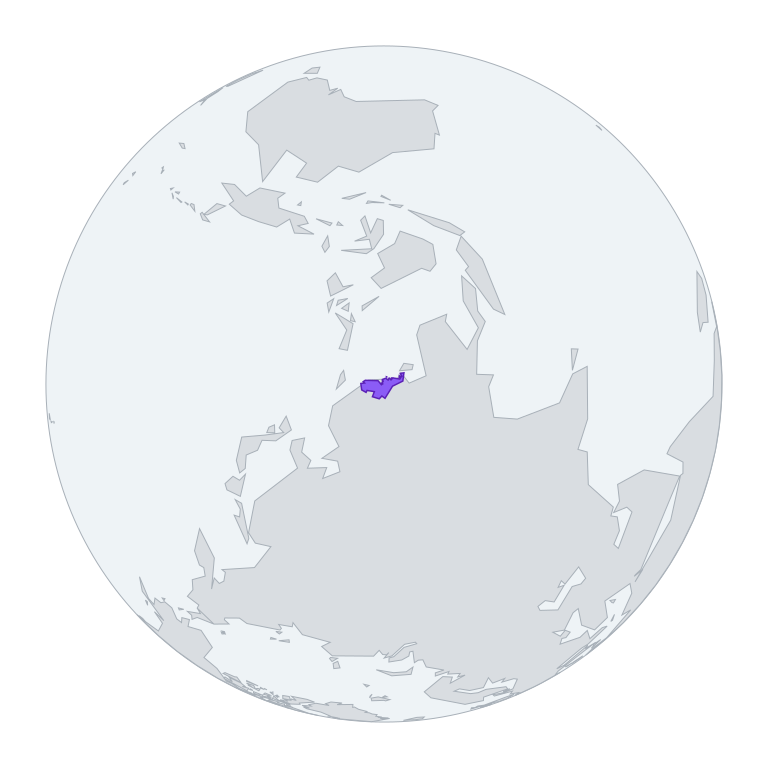 Guangdong on an orthographic globe, rotated 193°
{"feature_id": "CHN-1180", "entity_name": "Guangdong", "entity_type": "Province", "adm_level": 1, "iso_a3": "CHN", "parent_name": "China", "parent_adm1": "", "projection": "orthographic", "projection_center": [112.97, 22.878], "detail": "coarse", "context": "on_globe", "style": "filled", "palette": "violet", "viewbox_px": 768, "rotation_deg": 193, "n_neighbors": 0, "source": "natural_earth", "source_scale": "10m", "svg_char_len": 11732}
<svg xmlns="http://www.w3.org/2000/svg" viewBox="0 0 768 768"><g transform="rotate(193 384 384)"><circle cx="384" cy="384" r="338" fill="#eef3f6" stroke="#a8b0b8"/><path d="M683.0,519.4L682.5,521.4L682.2,521.9L683.0,519.4ZM568.3,100.8L569.6,101.6L548.3,92.6L546.0,101.0L556.5,110.5L545.3,103.9L572.9,127.7L578.9,141.2L565.2,122.1L558.5,117.4L559.0,123.9L552.2,120.7L548.6,122.4L540.4,118.2L533.1,108.5L527.6,106.0L528.4,110.9L520.6,110.7L520.4,103.6L506.8,102.8L492.0,88.7L497.9,77.0L482.8,69.3L470.7,59.0L464.9,58.0L456.7,54.8L446.9,52.9L447.4,52.5L439.2,51.5L440.6,52.3L437.4,52.4L431.8,51.6L431.5,50.6L434.2,50.8L431.2,50.2L433.5,50.2L429.2,49.8L429.5,49.2L420.9,48.8L414.1,47.7L416.6,47.7L427.2,48.9L431.7,49.5L455.8,53.8L479.6,59.9L502.8,67.7L525.5,77.1L547.3,88.2L568.3,100.8ZM703.6,280.2L700.9,273.6L702.3,275.2L703.6,280.2ZM699.4,271.5L700.4,273.3L699.6,272.1L699.4,271.5ZM699.0,271.8L699.3,271.6L699.3,272.6L699.0,271.8ZM698.8,273.2L698.8,272.1L698.9,272.5L698.8,273.2ZM697.3,273.1L696.8,272.9L696.6,271.2L697.3,273.1ZM572.7,103.7L571.5,103.0L569.2,101.4L572.7,103.7ZM566.4,101.3L563.1,98.9L570.5,102.9L570.1,103.0L566.4,101.3ZM565.6,118.6L564.5,115.2L567.9,119.8L565.6,118.6ZM549.6,123.4L552.0,125.6L549.1,125.6L549.6,123.4ZM533.9,119.6L528.4,119.4L532.7,117.8L533.9,119.6ZM524.4,118.2L511.2,119.0L515.6,123.6L495.7,111.8L513.5,114.5L518.1,111.5L519.4,115.4L524.4,118.2ZM443.4,53.0L441.7,52.0L448.3,53.7L443.4,53.0ZM448.5,54.2L473.4,61.0L473.1,62.8L464.8,59.8L468.7,63.3L456.3,60.6L451.4,58.1L454.0,57.4L447.3,57.1L448.5,54.2ZM486.8,105.7L482.5,104.8L485.6,104.0L486.8,105.7ZM436.7,52.6L441.7,53.5L441.9,54.9L431.8,53.4L434.9,53.3L436.7,52.6ZM475.7,65.8L474.0,67.0L463.6,65.1L461.5,65.4L456.0,60.8L475.7,65.8ZM432.1,52.7L426.6,52.7L421.4,51.4L431.7,51.8L432.1,52.7ZM446.1,56.1L445.7,56.9L442.7,55.9L446.1,56.1ZM400.0,48.3L406.0,48.7L406.6,49.4L400.0,48.3ZM424.9,52.8L426.7,53.2L427.7,53.7L423.1,53.6L424.9,52.8ZM449.0,60.0L444.9,59.2L450.7,61.7L443.1,60.9L440.8,58.1L438.5,59.0L436.2,58.8L436.9,56.9L449.0,60.0ZM421.2,55.1L415.7,52.2L404.3,50.8L403.5,50.1L421.9,52.5L421.2,55.1ZM430.4,56.2L424.5,55.2L426.5,54.4L431.7,54.6L430.4,56.2ZM438.7,61.5L451.0,63.4L451.1,64.1L438.7,61.5ZM417.5,54.8L419.0,55.5L416.5,54.7L417.5,54.8ZM431.8,59.4L436.1,59.9L436.1,60.6L431.8,59.4ZM418.2,56.9L416.4,55.8L419.9,55.8L418.2,56.9ZM424.1,58.2L423.0,59.0L422.2,56.4L426.0,58.2L424.1,58.2ZM431.0,60.0L432.4,60.5L429.2,59.7L431.0,60.0ZM406.0,58.2L404.1,55.0L411.8,54.7L412.6,57.7L406.0,58.2ZM126.4,165.3L122.8,170.8L119.5,175.5L109.9,187.0L92.8,219.4L100.2,212.4L95.5,235.9L99.4,244.9L120.0,222.2L113.8,206.7L123.5,191.8L137.2,193.5L144.2,208.9L148.3,203.7L152.9,184.8L163.7,180.1L155.5,177.9L152.0,184.8L146.8,184.1L149.7,177.8L153.4,176.1L153.9,170.1L136.0,181.3L130.5,189.6L126.1,182.2L116.5,195.7L112.1,198.3L126.6,176.6L132.2,170.9L151.6,145.4L145.3,150.4L126.6,175.3L128.3,171.4L119.6,180.0L127.6,170.5L149.7,143.5L151.9,138.8L147.3,142.8L163.7,127.8L169.9,122.6L186.2,110.0L181.0,114.2L186.1,110.6L182.6,114.0L191.3,110.3L189.8,113.6L206.3,104.8L207.8,105.7L197.6,110.4L189.8,116.0L187.7,126.4L191.2,126.1L202.1,120.0L200.1,124.3L210.9,117.0L216.2,121.3L218.8,110.6L231.6,104.6L241.9,103.9L246.6,100.4L229.9,101.8L222.8,104.4L215.9,109.4L197.0,116.5L194.9,114.8L216.5,101.3L215.9,97.9L233.0,90.1L267.7,88.8L275.5,93.1L260.9,112.1L251.5,113.8L252.1,107.4L239.5,118.6L246.3,115.1L244.7,119.1L256.6,115.7L256.0,118.5L268.3,111.0L269.0,114.1L261.2,118.8L279.2,117.8L284.1,124.0L288.5,122.6L291.7,119.3L295.7,130.1L298.7,128.7L298.6,124.5L304.6,119.1L316.7,114.2L317.4,118.2L313.1,120.5L305.2,131.9L293.7,138.3L295.3,139.5L305.4,135.0L315.1,120.9L322.2,117.0L318.9,123.4L320.6,120.7L324.4,120.1L328.8,123.4L332.9,116.5L373.2,107.5L385.7,114.2L378.3,120.2L407.1,121.4L419.0,131.0L418.8,126.8L432.5,126.0L429.0,122.8L430.0,120.9L463.7,119.8L472.2,123.4L486.5,120.2L486.5,118.4L481.0,115.3L495.7,111.8L515.6,123.6L514.7,127.0L527.8,132.9L523.9,140.5L526.8,150.2L515.0,156.6L518.3,164.6L523.1,166.1L531.1,178.9L531.2,201.6L510.2,176.3L505.9,145.4L505.8,156.8L499.6,152.6L495.7,155.9L496.2,164.8L500.1,166.7L468.9,176.0L457.6,200.1L473.6,200.0L482.5,208.6L483.6,241.0L449.3,282.6L460.8,298.5L460.8,308.3L449.2,313.6L448.9,299.1L438.1,293.1L439.7,284.7L421.0,289.7L422.5,278.1L407.2,288.6L411.8,298.4L427.8,297.6L413.8,312.9L428.7,330.9L429.1,351.2L399.9,384.4L372.0,392.6L370.0,398.8L359.7,390.5L344.8,401.5L363.2,439.2L362.2,449.4L338.6,466.1L338.3,458.6L310.8,436.4L304.7,460.0L325.5,482.8L332.7,506.8L316.3,497.6L309.1,476.2L299.4,467.7L302.7,447.1L295.9,414.3L279.4,417.5L281.4,404.9L269.5,376.2L246.2,379.8L208.7,405.1L202.4,436.3L190.0,446.9L177.7,395.8L180.3,363.9L170.7,363.5L162.3,331.9L132.9,315.7L133.3,306.5L126.8,307.0L121.6,294.0L124.0,279.5L118.7,276.5L113.6,315.1L119.7,318.6L131.3,310.4L128.2,322.9L133.8,338.7L111.2,358.8L75.2,360.8L79.4,336.5L92.0,261.0L95.9,255.1L96.3,254.4L96.9,252.9L90.1,261.6L94.9,247.7L79.9,296.6L74.0,315.8L74.5,361.8L72.6,364.1L75.1,375.2L92.6,379.7L91.0,387.3L78.0,416.0L60.6,446.0L67.4,481.0L73.7,507.5L72.8,514.7L82.9,537.2L83.2,538.0L72.7,515.4L63.9,492.2L56.8,468.4L51.5,444.1L48.0,419.5L46.2,394.7L46.4,369.9L48.3,345.1L52.1,320.5L57.7,296.3L65.0,272.6L74.0,249.4L84.8,227.0L97.1,205.4L111.0,184.8L126.4,165.3ZM143.8,240.1L153.2,249.6L162.6,229.8L167.0,232.2L168.6,225.0L163.2,228.4L169.2,209.9L178.2,209.2L184.0,201.9L181.1,198.5L163.7,203.0L155.1,229.0L147.1,233.5L143.8,240.1ZM209.9,94.4L216.3,90.7L217.6,90.4L212.0,93.9L206.8,96.7L208.5,95.2L209.9,94.4ZM205.3,98.4L226.2,86.8L225.9,88.2L222.5,89.2L220.2,91.3L214.2,93.6L193.4,107.3L187.4,110.9L194.2,104.5L195.2,104.2L200.7,100.4L205.3,98.4ZM280.3,63.3L289.4,60.6L276.9,66.6L269.9,68.6L271.3,66.4L280.5,63.0L280.3,63.3ZM402.5,46.6L406.7,46.8L406.8,46.9L403.3,46.7L402.5,46.6ZM397.4,46.3L396.8,46.3L397.8,46.4L407.7,47.5L425.8,49.7L424.6,50.7L418.9,50.8L414.4,50.3L416.6,49.7L408.9,49.6L408.7,48.5L402.8,48.4L383.9,46.3L387.8,46.2L373.6,46.2L397.4,46.3ZM352.5,47.6L354.4,47.4L351.7,48.3L358.8,47.5L359.6,47.8L353.7,48.3L363.3,47.9L362.4,48.5L371.6,50.1L386.1,50.2L389.8,51.2L383.7,51.5L391.6,52.4L382.6,53.8L385.0,54.7L378.5,57.6L365.2,58.4L369.0,59.4L364.2,62.2L353.1,63.7L357.6,61.0L342.2,64.8L341.8,61.9L340.1,62.6L335.5,61.3L327.0,61.1L328.4,59.8L324.4,60.3L321.3,59.8L316.4,60.3L317.2,58.4L311.2,59.0L315.1,57.8L304.5,59.6L312.7,57.5L309.5,57.3L303.2,59.4L319.8,52.3L319.9,52.2L352.5,47.6ZM403.8,58.9L388.0,59.4L380.1,58.4L394.7,54.1L393.8,53.0L402.9,51.2L414.2,52.9L410.6,53.2L409.6,53.9L406.5,53.0L408.3,54.3L403.4,54.9L403.5,56.2L398.3,55.9L403.8,58.9ZM122.5,173.1L121.3,175.6L120.8,178.0L115.3,183.8L122.5,173.1ZM137.3,154.6L137.1,155.4L129.1,163.9L130.4,161.8L137.3,154.6ZM143.8,149.1L137.7,154.8L141.8,150.4L143.8,149.1ZM198.2,111.1L198.8,112.1L196.2,113.8L192.7,115.3L198.2,111.1ZM307.3,77.8L311.1,75.6L313.0,75.7L324.7,72.6L325.9,75.0L319.3,77.8L307.3,77.8ZM115.1,223.9L110.0,226.1L111.2,222.3L112.7,222.3L115.1,223.9ZM109.6,203.7L107.6,211.4L108.2,205.2L109.6,203.7ZM310.5,79.9L315.3,78.2L312.9,80.5L310.5,79.9ZM327.4,76.7L325.8,79.1L327.4,74.9L327.4,76.7ZM228.7,680.1L235.8,683.9L231.8,682.5L228.7,680.1ZM94.8,524.3L104.4,564.0L98.2,558.3L90.2,543.1L82.1,517.1L87.0,515.6L87.5,505.7L94.8,524.3ZM418.8,564.5L429.2,566.1L428.8,567.4L418.8,564.5ZM408.0,559.4L419.8,560.2L405.9,562.3L408.0,559.4ZM424.4,560.6L436.5,558.1L441.7,556.0L440.8,558.8L424.4,560.6ZM400.0,559.1L356.6,555.8L339.6,550.4L343.5,545.7L371.1,549.5L400.0,559.1ZM342.1,545.4L316.3,527.8L281.9,478.9L294.2,481.6L330.4,513.1L328.0,517.4L343.7,530.9L342.1,545.4ZM405.2,523.2L402.7,536.6L378.7,534.0L367.8,531.0L360.3,512.8L364.5,504.2L373.4,505.2L408.3,476.5L420.4,484.7L409.6,497.2L419.5,509.7L405.2,523.2ZM203.5,439.7L209.4,460.4L202.8,461.7L203.5,439.7ZM422.9,455.2L408.5,468.3L421.7,450.6L422.9,455.2ZM430.9,438.2L431.6,445.2L426.1,438.2L430.9,438.2ZM369.3,408.6L359.9,409.4L359.9,404.3L371.9,400.4L369.3,408.6ZM429.3,368.4L428.5,383.3L426.4,388.2L422.5,379.1L429.3,368.4ZM327.3,103.8L309.6,104.9L297.6,108.6L292.1,114.7L292.3,107.2L310.8,101.4L327.3,103.8ZM367.5,106.3L372.2,101.9L375.3,104.2L374.6,105.5L367.5,106.3ZM366.7,103.4L363.0,97.5L368.9,95.4L370.7,100.3L366.7,103.4ZM336.0,86.9L330.7,86.9L332.7,84.9L336.0,86.9ZM603.0,639.0L605.0,638.5L595.3,646.9L582.6,656.5L572.4,662.6L603.0,639.0ZM517.7,678.3L518.9,671.7L531.7,668.8L525.1,675.7L517.7,678.3ZM611.7,631.4L620.5,622.5L625.4,614.2L622.4,620.8L627.4,617.4L607.4,636.7L611.7,631.4ZM474.7,653.0L408.4,670.0L394.0,667.6L398.1,661.0L386.0,639.0L390.7,639.7L388.2,624.4L427.7,611.4L456.1,584.8L477.5,586.0L494.1,565.7L516.0,565.9L509.1,581.8L531.4,590.0L547.8,553.9L560.0,588.9L575.3,598.7L578.0,618.7L545.6,656.5L528.3,665.3L525.6,663.1L518.2,667.2L507.6,667.4L502.9,657.9L495.6,661.8L503.2,653.2L492.4,661.3L487.4,654.9L474.7,653.0ZM630.8,568.6L633.7,568.5L637.7,572.7L633.1,573.3L630.8,568.6ZM675.6,530.6L676.4,532.6L673.6,535.0L675.6,530.6ZM682.2,521.9L678.9,525.1L683.0,519.4L682.2,521.9ZM647.8,543.1L649.0,544.7L647.8,546.0L647.8,543.1ZM646.6,542.7L648.6,538.6L648.1,542.2L646.6,542.7ZM633.5,527.6L635.3,525.1L636.1,526.4L633.5,527.6ZM444.5,566.5L459.1,556.3L466.9,555.4L444.5,566.5ZM630.9,524.2L626.3,525.0L626.9,522.9L630.9,524.2ZM631.4,519.4L631.0,516.7L633.6,522.6L631.4,519.4ZM622.6,515.2L628.2,518.9L621.9,515.9L622.6,515.2ZM619.2,516.6L615.1,515.3L615.4,514.3L619.2,516.6ZM571.7,528.6L587.2,543.3L574.5,544.8L560.4,536.0L549.0,547.1L523.4,547.7L529.3,541.1L526.0,531.8L499.4,529.5L494.0,523.4L503.5,518.8L485.9,514.3L505.2,510.9L513.0,523.5L523.9,512.8L542.6,514.0L560.7,516.6L575.2,524.4L571.7,528.6ZM505.2,539.1L508.5,539.0L505.5,542.9L505.2,539.1ZM607.2,509.8L613.2,514.8L612.4,516.5L609.5,516.1L607.2,509.8ZM578.5,521.8L594.1,509.1L597.7,508.7L587.4,522.2L578.5,521.8ZM590.4,502.7L597.6,503.1L601.3,508.5L599.8,510.4L590.4,502.7ZM465.8,528.3L465.0,531.8L460.0,529.1L465.8,528.3ZM472.3,526.1L487.4,529.7L470.9,529.1L472.3,526.1ZM426.4,513.0L430.8,521.7L444.8,516.6L434.1,524.2L443.6,538.3L440.4,543.5L431.0,528.2L427.7,543.6L421.5,543.2L418.1,529.8L424.3,513.6L430.5,507.0L455.8,504.6L426.4,513.0ZM472.2,515.7L468.2,505.7L471.2,499.0L475.5,504.3L472.2,515.7ZM456.4,481.4L445.8,469.5L436.2,473.8L455.8,457.7L462.7,471.7L456.4,481.4ZM447.5,455.3L438.5,459.2L447.9,449.8L447.5,455.3ZM436.2,455.2L435.2,446.8L442.3,448.2L436.2,455.2ZM452.2,455.8L454.0,441.7L457.6,450.1L452.2,455.8ZM432.4,428.2L447.5,442.3L427.7,435.8L427.2,408.6L435.7,408.3L432.4,428.2ZM481.5,319.6L479.5,311.9L487.3,310.3L486.4,316.0L481.5,319.6ZM510.7,300.3L488.7,307.4L470.8,314.1L476.3,317.7L472.1,330.7L463.9,318.4L476.6,304.3L490.2,301.7L492.3,291.0L502.3,283.8L500.2,270.5L504.6,264.9L510.7,276.4L510.7,300.3ZM498.7,265.0L498.7,242.2L513.2,245.5L516.5,251.2L510.4,260.1L503.1,257.7L498.7,265.0ZM503.0,237.9L495.9,235.7L481.0,203.2L481.5,197.5L500.5,222.5L494.8,222.0L495.9,229.8L503.0,237.9ZM483.8,106.9L482.6,105.0L486.2,106.8L483.8,106.9ZM427.7,119.2L429.7,116.9L433.7,118.6L427.7,119.2ZM437.2,111.6L431.3,111.2L437.3,109.9L437.2,111.6ZM418.1,111.0L428.8,110.2L419.0,113.4L418.1,111.0Z" fill="#d9dde1" stroke="#a8b0b8" stroke-width="1"/><path d="M390.6,385.9L386.4,382.7L385.3,383.8L386.8,388.3L385.1,385.8L386.4,388.1L383.7,390.0L380.9,388.8L380.3,390.9L378.1,389.6L376.7,391.9L369.7,392.4L368.5,395.8L370.5,398.0L367.1,399.4L366.3,391.1L375.2,383.8L379.8,370.3L383.4,371.8L385.3,368.5L392.4,369.0L391.7,374.4L399.1,373.9L399.6,371.8L404.4,373.2L406.7,379.3L403.2,380.6L404.8,381.6L403.1,383.4L390.6,385.9ZM369.8,394.4L370.5,395.3L369.0,395.0L369.8,394.4ZM382.6,390.9L383.1,391.6L382.9,391.6L382.6,390.9ZM386.7,383.9L387.2,384.7L386.3,383.9L386.7,383.9ZM377.8,391.3L378.7,391.4L377.6,391.7L377.8,391.3ZM370.7,394.0L370.7,394.3L370.0,393.9L370.7,394.0Z" fill="#8b5cf6" stroke="#5b21b6" stroke-width="1.5"/></g></svg>